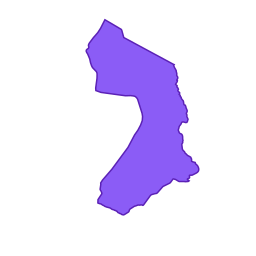 the State of Western Bahr el Ghazal, rotated 216°
{"feature_id": "SDS-873", "entity_name": "Western Bahr el Ghazal", "entity_type": "State", "adm_level": 1, "iso_a3": "SSD", "parent_name": "South Sudan", "parent_adm1": "", "projection": "robinson", "projection_center": [25.577, 8.526], "detail": "fine", "context": "isolated", "style": "filled", "palette": "violet", "viewbox_px": 256, "rotation_deg": 216, "n_neighbors": 0, "source": "natural_earth", "source_scale": "10m", "svg_char_len": 3769}
<svg xmlns="http://www.w3.org/2000/svg" viewBox="0 0 256 256"><g transform="rotate(216 128 128)"><path d="M50.9,138.6L50.6,138.6L49.4,138.3L48.8,138.0L47.8,137.4L46.8,136.6L46.1,135.6L45.7,134.4L45.8,133.0L46.3,131.6L48.3,127.7L48.7,127.3L50.2,126.2L50.4,125.8L50.2,125.3L49.2,124.4L49.0,123.8L49.1,123.2L49.8,122.1L49.9,121.5L49.2,121.2L47.9,121.2L47.5,121.2L47.7,120.4L47.9,120.1L50.0,118.3L51.1,117.7L55.1,114.8L56.0,114.6L59.3,114.3L61.1,113.6L61.4,113.4L61.6,113.1L61.6,108.7L61.7,108.4L61.9,107.8L65.2,101.5L65.3,101.1L65.4,100.9L66.1,93.0L66.3,92.2L66.6,91.7L67.7,90.6L69.9,87.8L70.1,86.9L70.2,86.4L70.2,75.4L70.3,74.5L70.4,74.3L70.6,74.1L71.0,74.0L71.4,74.0L71.7,73.8L72.1,73.6L73.3,72.4L74.6,71.6L75.0,71.0L76.0,69.4L76.5,68.9L76.8,68.4L77.2,67.6L77.4,66.9L78.3,64.7L78.7,63.5L78.8,63.2L78.7,62.7L78.6,62.3L78.3,61.5L78.3,61.3L78.2,60.9L78.2,60.5L78.3,60.1L80.1,55.7L80.5,55.2L80.8,54.9L81.0,54.8L81.6,54.6L82.1,54.4L82.5,54.3L83.4,54.4L83.8,54.3L84.7,53.9L84.9,53.9L85.3,54.0L85.6,53.9L85.9,53.8L86.2,53.7L86.4,53.7L86.9,53.8L87.1,53.8L87.4,54.0L87.6,54.1L87.8,54.1L88.1,54.1L88.3,54.1L88.6,53.9L88.8,53.9L89.2,54.0L89.4,54.0L89.6,53.9L90.3,53.6L90.5,53.5L90.9,53.5L91.1,53.5L91.6,53.4L91.9,53.3L92.3,53.1L92.8,52.9L93.2,52.8L93.7,52.8L95.1,52.8L95.6,52.7L96.0,52.6L98.8,51.5L100.4,51.1L100.6,51.0L101.8,51.0L102.6,50.9L103.2,50.7L103.4,50.7L104.8,50.7L105.1,50.7L105.4,50.6L106.2,50.2L107.8,49.7L108.2,49.6L108.4,49.8L109.9,52.0L110.1,52.3L110.2,52.5L110.5,59.1L110.5,59.4L110.6,59.5L110.9,59.8L111.1,60.1L112.5,61.0L113.0,61.2L114.0,61.6L114.3,61.8L114.5,62.0L114.7,62.3L116.8,66.3L117.3,66.9L117.8,67.5L118.0,70.9L116.8,85.1L116.6,112.3L118.6,126.3L118.7,132.0L119.5,137.7L120.8,142.4L123.0,145.9L125.2,148.1L137.1,156.9L138.6,157.5L139.8,157.7L140.9,157.7L141.8,157.4L142.7,157.0L145.0,155.7L149.0,152.6L170.8,140.9L176.0,139.4L177.6,141.3L182.3,150.0L184.6,153.3L185.4,154.2L186.0,154.6L186.7,155.0L192.2,156.0L194.0,156.9L196.6,158.7L199.6,161.4L204.2,164.2L205.8,164.8L207.0,165.6L207.5,166.5L207.4,167.6L207.0,168.7L206.9,169.5L207.2,170.3L208.6,171.6L209.0,172.6L209.2,174.2L209.1,180.9L208.5,187.4L208.8,192.6L210.3,202.0L191.8,203.8L191.3,203.8L190.9,203.6L190.5,203.4L184.6,198.7L128.9,206.2L127.9,206.4L127.9,205.5L126.1,204.3L124.0,203.4L122.7,202.7L122.1,202.0L120.6,200.8L119.5,199.2L118.9,198.9L118.2,198.7L117.4,198.1L117.1,197.6L116.9,197.2L116.9,196.7L116.7,196.2L116.7,195.9L116.8,195.7L116.6,195.3L116.4,195.3L116.2,195.4L115.9,195.4L115.4,194.3L115.3,192.2L115.1,191.3L113.4,191.1L113.0,191.0L112.9,190.7L112.9,190.4L112.7,190.1L112.3,189.9L111.6,189.8L111.2,189.7L110.0,189.0L109.9,188.6L109.8,187.8L109.6,187.5L109.0,187.2L107.4,187.0L106.8,186.8L106.5,186.1L106.5,185.6L106.3,185.2L105.4,185.2L105.0,185.1L104.4,184.4L104.1,184.2L103.4,184.2L103.1,184.1L102.2,183.3L101.5,183.0L99.2,182.4L98.7,182.0L97.0,180.3L96.5,179.9L95.9,179.8L95.2,180.1L94.2,179.6L92.8,178.4L90.8,177.2L90.3,176.8L89.9,176.2L89.7,175.6L89.5,174.4L89.2,173.9L89.0,173.7L88.3,173.4L88.1,173.3L87.8,173.0L87.5,172.3L87.3,172.0L86.8,171.7L84.6,170.4L83.8,168.3L83.7,167.6L83.7,167.1L84.5,166.3L86.9,165.4L87.7,164.6L87.8,163.8L87.7,163.2L87.5,162.7L87.4,162.0L87.5,160.3L87.5,159.6L87.3,158.9L86.8,157.8L86.4,156.5L86.0,155.9L85.6,155.4L84.7,155.0L84.4,154.8L84.2,154.6L84.0,154.4L83.1,154.2L82.6,154.2L81.4,154.5L80.9,154.5L79.8,154.1L78.7,153.1L77.0,150.9L76.7,150.7L76.4,150.5L76.2,150.2L76.0,149.9L75.9,149.2L75.1,148.3L75.0,146.8L74.7,146.2L71.6,142.9L70.4,142.3L68.3,142.0L67.1,141.3L66.4,141.2L65.7,141.2L63.7,140.8L61.1,141.2L59.9,141.2L58.8,140.4L58.4,140.3L58.2,140.1L58.0,139.8L57.8,139.5L57.0,138.5L55.7,138.7L53.4,139.6L53.2,139.5L52.6,138.9L52.3,138.8L52.0,138.7L51.5,138.7L50.9,138.6Z" fill="#8b5cf6" stroke="#5b21b6" stroke-width="1.5"/></g></svg>